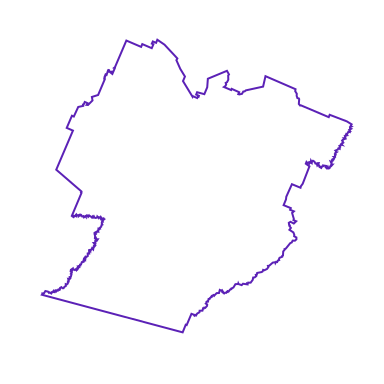 Walgett, New South Wales, Australia (Natural Earth projection), rotated 195°
{"feature_id": "25037944B85732743205299", "entity_name": "Walgett", "entity_type": "district", "adm_level": 2, "iso_a3": "AUS", "parent_name": "Australia", "parent_adm1": "New South Wales", "projection": "natural_earth1", "projection_center": [148.338, -29.79], "detail": "fine", "context": "isolated", "style": "outline", "palette": "violet", "viewbox_px": 384, "rotation_deg": 195, "n_neighbors": 0, "source": "geoboundaries", "source_scale": "gbopen_adm2", "svg_char_len": 5886}
<svg xmlns="http://www.w3.org/2000/svg" viewBox="0 0 384 384"><g transform="rotate(195 192 192)"><path d="M54.4,298.4L60.7,300.3L79.0,302.2L79.3,299.7L109.3,303.9L109.9,303.5L111.6,304.7L112.5,309.4L113.0,310.0L114.5,310.0L115.8,312.0L116.2,314.0L118.4,316.1L118.6,318.1L151.0,322.9L150.6,312.2L166.3,304.1L167.2,302.8L168.5,302.3L169.1,299.8L171.5,298.5L172.6,298.5L172.2,300.6L180.4,301.9L180.6,300.6L188.3,301.7L187.2,303.0L186.8,304.6L187.7,306.1L186.6,307.1L186.0,309.8L187.2,313.9L186.7,315.1L189.6,318.1L206.0,305.5L204.4,297.1L205.4,289.7L212.9,289.7L213.2,287.2L210.2,286.7L210.3,285.6L211.0,285.7L211.3,284.1L216.0,284.8L216.1,284.1L229.4,296.8L228.7,301.7L235.2,307.9L241.2,315.3L240.7,317.2L256.7,327.2L264.9,330.1L265.3,326.8L268.8,327.3L269.2,324.9L267.5,324.7L268.1,320.5L278.3,322.0L278.7,319.0L294.6,321.3L298.7,292.7L299.4,291.7L298.6,291.6L299.5,285.4L300.9,286.0L300.2,286.9L300.7,287.0L300.5,287.5L302.9,286.7L303.6,288.2L304.0,288.2L303.9,287.4L304.6,287.5L304.8,283.1L305.9,283.3L306.2,280.9L305.8,281.0L306.1,278.7L305.4,278.5L307.8,261.4L313.3,257.9L311.8,254.7L315.0,249.1L316.3,248.9L315.6,250.7L318.9,251.2L319.3,248.4L319.9,248.2L319.4,247.0L323.9,244.7L325.7,234.3L327.7,234.6L329.6,221.5L322.9,220.5L328.9,178.4L298.9,163.9L299.1,162.8L298.5,162.5L302.0,137.0L301.6,137.6L300.5,137.3L300.6,138.3L299.7,137.5L299.4,138.4L298.1,138.6L298.2,139.2L297.4,138.8L297.5,140.2L296.5,139.6L294.9,140.8L294.8,139.8L294.0,140.9L293.4,140.5L293.0,141.0L291.7,139.9L290.6,140.6L289.8,139.6L288.8,141.0L288.2,140.6L288.4,141.2L287.5,142.3L286.6,141.6L285.8,142.5L285.5,141.6L285.0,142.4L283.7,142.3L282.0,141.4L281.6,142.6L280.9,142.0L280.5,143.1L279.5,142.0L278.3,142.0L277.1,142.8L277.1,143.8L275.6,142.8L275.6,143.4L274.9,143.2L274.1,144.2L273.6,143.4L273.5,144.1L272.2,142.9L271.6,143.2L271.9,142.2L270.9,142.4L270.5,143.4L269.7,143.1L271.0,141.2L270.6,140.5L271.2,140.5L271.2,138.7L270.1,137.3L270.9,136.5L270.7,135.0L272.0,133.3L271.6,132.9L272.7,132.5L272.0,131.8L272.9,130.8L272.3,129.5L273.2,129.6L273.6,128.4L274.2,128.7L275.4,127.5L274.3,126.5L275.2,126.1L274.2,124.4L273.8,122.1L273.1,121.7L272.8,122.7L271.8,121.6L270.8,121.9L271.4,120.1L272.8,119.5L272.1,117.8L273.7,117.3L271.5,115.6L271.9,114.6L272.5,115.2L272.9,114.6L272.6,111.0L274.0,111.9L274.3,110.2L275.1,109.8L274.9,108.8L275.9,109.5L276.4,109.2L275.3,105.9L276.3,105.6L277.1,106.4L276.1,103.2L277.2,101.9L277.9,102.0L277.7,100.1L278.6,100.9L279.1,99.8L277.9,98.2L278.5,98.1L278.5,97.4L279.1,97.7L279.2,96.1L280.3,95.7L280.4,93.4L281.3,92.9L280.9,92.0L282.1,91.3L281.6,90.5L282.9,90.4L282.3,89.4L282.8,89.1L282.3,88.6L282.6,87.6L283.0,87.8L283.4,86.6L284.2,87.4L285.0,86.3L286.4,86.7L287.0,85.9L287.4,87.2L288.4,86.0L287.9,85.1L288.8,85.1L288.7,83.9L287.3,83.1L287.8,81.6L287.1,81.4L287.1,78.7L288.1,78.2L287.6,77.4L288.1,76.9L287.4,76.8L288.2,75.1L288.7,75.3L288.1,74.2L288.6,73.7L288.1,73.2L288.6,72.6L288.3,71.4L289.1,70.2L290.1,70.3L289.6,68.4L290.7,67.4L291.2,65.8L292.3,65.5L293.5,66.3L294.6,65.3L294.4,63.8L295.0,63.7L294.9,63.1L296.0,63.0L296.1,62.0L296.8,62.1L297.2,61.3L297.5,61.9L298.5,61.7L298.7,59.7L299.5,59.6L300.2,60.5L300.8,59.0L301.6,58.9L301.7,57.6L302.5,57.8L302.6,58.7L302.8,57.9L303.6,58.2L304.1,57.6L305.3,58.5L308.0,58.4L308.7,56.0L310.3,55.3L309.9,54.7L310.3,53.9L164.7,54.0L163.7,62.2L162.7,62.1L161.0,74.2L158.7,74.0L157.7,73.2L157.2,74.1L156.2,73.7L155.5,76.0L153.7,77.7L153.9,79.3L151.2,80.1L151.2,82.5L150.5,82.5L150.3,83.5L149.2,83.5L148.0,85.9L148.2,87.2L149.8,87.8L149.3,88.9L149.6,89.6L148.8,90.6L148.2,90.5L148.3,93.0L147.3,93.3L147.2,94.3L146.0,95.6L146.4,95.7L146.0,96.8L144.9,97.7L144.1,97.5L144.2,98.1L143.5,98.1L142.0,100.7L139.8,101.4L139.8,104.6L138.1,104.2L137.6,104.9L136.3,103.7L136.6,103.1L134.7,102.3L134.0,103.3L132.8,103.5L132.6,104.5L131.7,104.6L131.8,105.5L130.8,105.5L130.0,107.6L128.9,108.3L129.1,108.9L127.3,110.4L126.2,114.2L123.6,115.1L123.6,115.6L123.2,115.1L119.9,114.9L119.0,116.6L114.6,117.1L114.9,117.7L114.4,117.6L114.3,119.0L111.9,119.6L110.6,122.9L110.8,125.2L109.4,125.7L108.2,127.3L108.9,128.5L108.0,128.9L108.1,130.7L104.0,132.7L103.2,133.6L103.1,135.2L101.9,135.1L99.6,137.1L98.8,139.2L99.5,140.3L98.4,140.7L95.7,144.7L93.3,145.8L93.0,145.2L92.7,146.3L91.6,146.4L91.4,147.8L90.2,148.8L90.7,149.4L90.4,151.1L88.1,152.8L88.3,153.7L87.7,154.2L88.5,158.2L87.5,160.4L87.8,160.8L86.7,161.7L83.9,168.0L82.6,169.1L82.2,171.1L80.0,171.6L78.9,173.3L79.4,175.1L81.9,175.7L82.1,177.1L83.6,179.2L88.1,180.7L87.2,182.9L89.1,184.4L88.9,185.1L89.7,185.4L90.5,187.3L89.1,188.7L85.5,187.9L83.8,190.7L86.7,191.1L86.7,192.4L89.9,197.7L88.6,199.7L92.6,200.2L92.4,202.0L100.1,203.0L99.3,209.2L99.7,211.8L97.5,225.4L88.3,224.2L88.3,225.8L87.2,228.6L85.2,247.2L89.4,248.8L89.2,250.6L88.1,249.8L86.9,250.9L86.2,249.9L86.1,251.2L84.8,250.9L85.1,252.9L83.9,251.7L84.0,252.6L83.3,253.5L81.6,253.0L80.1,251.4L78.9,251.8L78.4,251.0L78.3,252.3L77.1,252.7L77.2,250.1L76.1,250.5L75.3,249.3L73.9,249.9L74.5,249.0L73.4,248.7L73.2,249.9L72.0,250.9L72.2,251.6L69.4,251.9L69.4,250.6L68.0,249.8L67.4,251.5L66.4,250.0L65.6,250.6L66.5,251.5L65.4,250.9L65.0,252.3L64.3,252.2L65.0,252.6L64.7,253.9L64.1,253.4L63.4,254.8L64.4,254.5L64.2,255.0L65.8,257.1L64.8,256.9L65.1,258.7L64.4,258.7L64.6,259.8L63.9,259.8L64.0,260.5L63.4,260.8L63.3,262.2L64.0,262.6L62.9,263.0L63.7,265.3L63.0,265.5L63.7,266.6L62.6,267.9L63.4,267.9L63.5,268.9L64.1,269.2L62.2,270.7L61.9,272.1L60.5,271.9L60.8,273.6L59.9,273.4L61.5,274.7L60.4,275.7L60.5,276.4L59.5,276.4L60.2,276.8L58.8,278.6L59.5,278.8L59.4,280.0L60.3,280.5L59.8,281.7L58.0,282.9L58.8,283.3L57.7,283.6L58.3,284.3L57.8,284.9L58.3,284.6L58.7,285.4L58.1,285.4L58.2,286.4L57.5,286.7L58.2,286.9L58.0,288.1L57.1,288.0L57.0,288.7L57.6,289.1L56.9,289.0L56.6,290.6L55.3,290.7L55.6,291.2L54.9,291.6L56.2,292.7L54.7,294.2L55.8,294.4L56.2,295.5L55.1,296.4L55.9,296.5L55.4,298.6L54.4,298.4Z" fill="none" stroke="#5b21b6" stroke-width="2"/></g></svg>